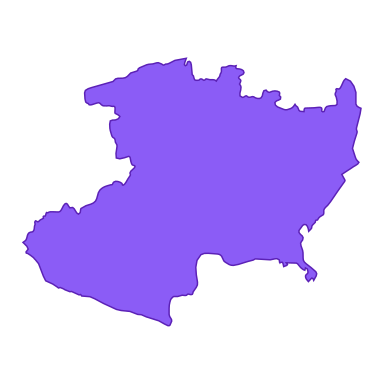 the State of Michoacán
{"feature_id": "MEX-2720", "entity_name": "Michoacán", "entity_type": "State", "adm_level": 1, "iso_a3": "MEX", "parent_name": "Mexico", "parent_adm1": "", "projection": "robinson", "projection_center": [-101.77, 19.16], "detail": "fine", "context": "isolated", "style": "filled", "palette": "violet", "viewbox_px": 384, "rotation_deg": 0, "n_neighbors": 0, "source": "natural_earth", "source_scale": "10m", "svg_char_len": 5895}
<svg xmlns="http://www.w3.org/2000/svg" viewBox="0 0 384 384"><path d="M170.0,325.1L169.4,325.6L168.0,325.7L164.3,323.9L158.8,320.8L146.4,316.9L141.4,314.7L137.7,314.4L129.9,311.4L121.1,310.5L116.4,309.4L103.6,303.5L94.8,298.8L90.0,296.7L81.7,296.0L80.6,294.5L79.1,294.9L71.6,291.5L69.9,291.7L65.0,289.8L63.4,288.8L60.2,287.5L58.5,288.0L56.8,286.7L52.7,284.0L45.7,280.8L43.4,276.2L38.6,263.7L35.2,259.5L34.5,258.9L33.6,257.7L30.5,255.3L27.6,253.4L26.3,253.1L26.0,252.0L28.2,249.1L26.9,246.3L23.0,242.4L25.3,240.7L26.2,239.6L26.8,237.9L27.5,235.2L28.1,233.9L28.9,232.9L30.3,232.2L31.6,232.0L32.8,231.7L33.8,230.4L34.2,229.0L34.5,226.1L35.1,224.3L34.8,222.2L35.0,221.6L35.3,221.1L35.7,220.8L37.7,221.8L38.5,221.6L40.3,219.9L43.4,218.3L43.2,216.8L43.4,216.4L43.8,216.1L45.0,216.1L45.4,215.8L45.8,214.6L46.1,213.3L46.6,212.5L47.8,212.8L49.0,212.1L50.3,211.8L53.0,211.8L58.5,212.0L59.9,211.5L60.9,210.5L61.9,208.8L63.4,205.8L64.8,204.0L66.1,203.4L67.4,204.1L68.5,206.0L69.8,207.8L72.7,207.5L74.2,208.8L75.4,210.8L76.9,213.1L78.5,214.1L80.2,212.6L80.7,209.2L81.0,208.5L86.0,205.7L91.0,204.1L93.5,202.9L95.5,201.1L96.7,198.7L98.4,192.7L99.9,190.1L101.5,188.6L103.3,187.4L105.2,186.5L107.2,185.8L110.7,184.8L112.0,184.7L112.4,184.4L113.3,182.6L113.9,182.0L115.7,181.3L117.9,181.5L120.0,182.2L121.8,183.3L122.1,183.8L122.5,185.0L123.1,185.2L124.5,184.3L125.9,182.4L128.1,178.6L130.2,175.5L130.4,174.8L130.0,173.3L130.1,172.6L130.9,171.1L134.6,167.6L135.0,166.2L134.4,165.6L133.2,165.3L132.2,164.8L131.5,163.5L130.9,161.6L130.1,157.4L129.7,156.9L129.2,156.5L128.5,156.4L124.6,157.7L119.8,158.8L116.3,158.0L116.0,153.4L117.0,146.6L116.9,144.8L115.4,142.2L115.1,140.0L114.7,138.8L114.3,138.3L112.8,137.3L112.1,136.4L111.6,135.1L110.3,130.6L109.9,128.4L109.7,124.2L110.3,120.9L112.5,120.1L115.3,120.0L117.9,119.0L119.0,117.9L119.9,116.5L118.9,115.5L117.8,114.7L115.2,113.4L114.9,112.5L115.1,107.9L114.7,106.8L114.3,106.5L113.8,106.3L112.2,106.4L109.1,105.7L106.6,105.9L103.1,105.8L101.4,104.8L100.2,103.5L98.8,102.7L96.7,103.1L91.8,104.7L90.5,104.9L89.2,104.8L88.2,103.5L87.3,103.3L85.7,102.0L85.0,98.9L84.6,92.9L85.4,90.4L88.2,88.7L91.5,87.6L113.0,81.5L115.6,78.9L117.9,78.3L122.7,78.2L125.3,77.7L127.4,76.4L130.7,73.0L136.7,71.1L137.7,70.5L138.2,68.9L139.5,67.8L146.6,64.8L148.6,64.3L152.9,63.9L156.4,62.9L158.2,62.7L159.1,63.0L161.6,64.0L163.3,65.1L164.2,64.9L165.6,64.1L167.3,64.0L168.8,63.5L174.9,60.4L186.3,58.3L184.8,62.4L184.4,64.7L185.3,65.7L186.7,65.0L187.6,62.0L189.2,61.3L190.6,62.3L191.3,64.8L192.2,74.6L193.4,75.9L194.1,78.5L194.7,79.8L195.8,80.3L198.1,80.3L199.0,80.1L200.1,79.1L201.0,78.9L201.9,79.1L203.8,80.3L204.7,80.1L205.6,79.1L206.4,78.9L209.9,79.7L213.1,79.7L214.8,80.0L216.3,81.1L217.1,79.7L219.6,76.5L220.3,74.0L221.1,72.6L221.4,71.5L221.4,68.4L221.7,67.5L222.4,67.2L225.6,67.1L226.4,66.9L229.1,65.7L231.0,65.6L234.3,66.1L236.1,65.7L235.7,67.1L236.0,68.1L236.8,68.7L239.7,69.0L241.7,69.6L243.4,70.8L244.0,72.7L243.1,74.2L239.6,76.0L238.6,77.5L238.9,78.5L240.1,79.4L240.7,80.2L240.8,80.9L240.2,82.8L239.5,84.0L240.6,85.7L241.0,87.1L240.7,90.0L239.9,93.2L240.0,95.9L242.5,97.4L243.5,97.2L245.3,96.1L246.2,95.8L246.7,96.0L248.1,97.0L248.9,97.3L250.2,97.2L252.4,96.6L253.7,96.8L255.3,97.8L257.2,98.4L259.3,98.5L261.0,97.9L262.3,95.9L262.9,93.1L263.9,90.7L266.1,90.1L267.0,91.2L268.1,92.0L269.3,92.4L272.6,91.2L274.9,90.9L277.2,91.2L279.2,92.0L279.6,92.7L279.7,93.6L279.3,95.4L280.7,97.0L280.4,99.1L278.6,100.1L276.5,100.9L274.9,102.5L275.4,105.1L277.5,106.9L284.0,109.5L285.6,109.8L287.1,109.7L290.8,108.5L292.3,107.6L293.6,106.3L295.0,104.3L295.8,105.6L297.6,107.1L299.0,110.4L300.2,111.3L304.0,111.6L304.2,109.4L304.6,108.4L305.6,108.1L314.1,107.8L317.9,107.4L320.1,107.3L321.5,107.9L321.9,109.1L321.7,110.2L321.8,111.2L322.8,111.8L324.1,111.5L325.4,108.0L326.7,106.6L328.8,106.0L331.0,105.7L335.5,105.5L337.0,104.4L337.1,101.1L336.3,97.3L335.2,94.8L335.2,93.7L335.6,92.5L336.4,90.9L336.0,90.1L335.9,89.6L336.3,88.9L336.8,88.7L338.9,89.0L339.8,88.5L340.7,87.2L341.5,85.7L343.4,81.5L344.2,80.2L345.7,78.7L350.4,81.1L353.9,86.2L355.9,92.4L355.9,104.0L356.9,106.0L358.7,107.3L361.0,108.3L360.1,113.8L356.5,127.9L356.4,129.2L357.1,131.6L357.0,132.8L354.4,141.0L352.5,148.4L355.4,157.4L356.2,159.3L357.4,160.8L358.9,162.3L357.7,164.0L355.5,165.5L353.9,166.4L341.8,174.4L344.4,179.1L345.0,180.3L344.7,181.4L338.4,190.2L330.6,201.6L327.7,205.3L325.4,207.5L324.4,208.8L323.8,210.1L323.8,213.2L323.4,214.6L319.9,216.8L318.7,218.0L317.5,220.0L316.0,220.2L315.5,220.9L315.2,222.4L312.6,225.0L311.9,226.0L311.6,228.1L310.7,229.3L308.7,231.3L308.3,228.9L307.4,226.4L306.1,224.7L304.0,224.5L302.6,225.5L299.0,230.5L299.0,232.5L300.4,234.3L302.2,235.9L303.1,237.7L302.6,240.0L301.5,241.5L300.6,243.1L301.0,245.7L302.6,250.3L303.0,252.7L303.1,258.1L303.4,260.3L304.4,262.1L306.2,263.8L311.1,267.6L315.8,271.7L316.7,273.7L316.2,275.9L313.7,280.4L313.0,278.6L311.9,278.1L311.6,278.2L308.4,281.6L306.5,279.3L305.7,277.7L305.5,276.0L306.1,274.7L307.1,273.9L307.9,272.9L308.0,271.9L307.4,269.2L307.1,268.8L305.5,268.0L305.5,268.4L304.8,269.9L304.8,270.2L303.6,269.8L302.1,268.8L300.7,267.6L297.5,263.7L296.3,263.1L286.3,262.8L287.5,264.4L286.8,265.4L283.7,266.6L283.1,263.9L282.7,262.7L282.1,262.2L280.0,262.6L279.9,262.8L279.5,262.1L279.4,260.4L279.2,259.8L277.0,258.7L275.0,258.8L270.3,259.8L255.3,258.9L253.1,260.1L248.1,261.4L238.4,264.4L233.3,265.4L231.1,265.2L229.1,264.5L225.3,262.2L223.9,261.0L221.6,256.2L220.4,255.0L219.0,254.3L217.5,254.0L208.3,253.3L204.3,253.4L200.9,254.7L197.0,260.4L195.8,267.3L196.3,274.8L197.5,282.2L197.4,284.9L196.3,287.3L193.2,291.8L192.7,293.6L192.3,294.3L191.3,294.6L190.4,294.6L188.6,294.1L187.7,294.2L186.4,295.3L185.1,295.5L182.2,295.2L177.7,296.5L174.3,296.5L173.4,296.6L171.7,298.2L170.9,299.2L170.5,300.1L169.9,302.1L169.3,305.0L169.1,308.2L169.1,314.4L169.6,316.3L171.5,319.5L171.7,321.1L170.0,325.1Z" fill="#8b5cf6" stroke="#5b21b6" stroke-width="1.5"/></svg>